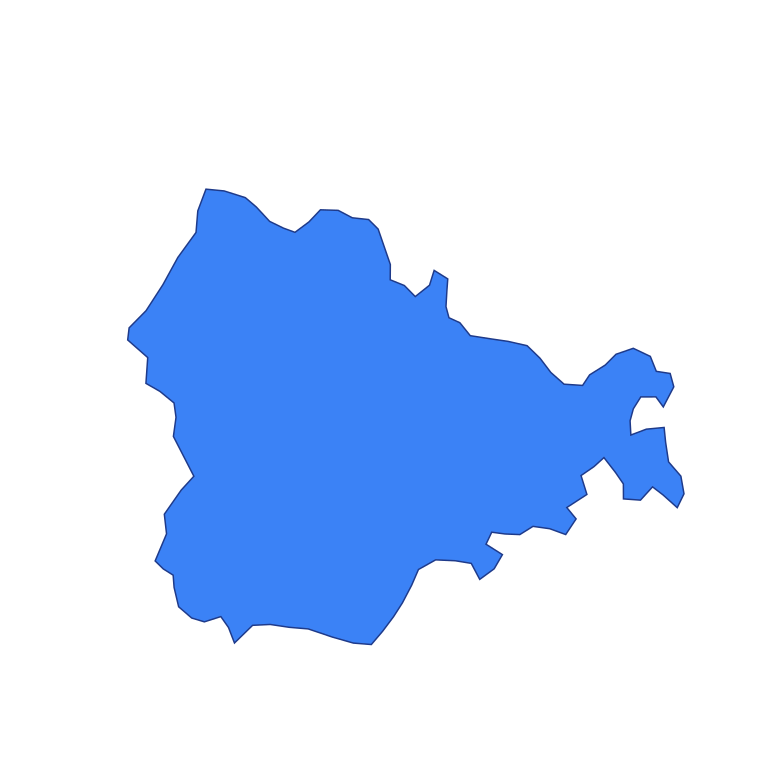 the district of Jupiá, Santa Catarina, Brazil, rotated 251°
{"feature_id": "56859067B89347281349045", "entity_name": "Jupiá", "entity_type": "district", "adm_level": 2, "iso_a3": "BRA", "parent_name": "Brazil", "parent_adm1": "Santa Catarina", "projection": "natural_earth1", "projection_center": [-52.726, -26.402], "detail": "fine", "context": "isolated", "style": "filled", "palette": "blue", "viewbox_px": 768, "rotation_deg": 251, "n_neighbors": 0, "source": "geoboundaries", "source_scale": "gbopen_adm2", "svg_char_len": 1599}
<svg xmlns="http://www.w3.org/2000/svg" viewBox="0 0 768 768"><g transform="rotate(251 384 384)"><path d="M434.4,179.3L420.2,176.5L403.0,167.8L358.7,174.2L349.7,157.7L332.4,133.9L313.1,129.6L291.2,110.0L281.0,115.1L271.9,122.4L260.0,119.3L240.2,117.3L225.3,126.0L217.6,136.7L217.2,154.0L204.4,157.7L187.8,158.3L198.6,181.2L193.7,198.1L184.8,215.2L177.1,232.6L161.5,252.8L149.0,270.7L141.8,287.2L150.6,302.1L160.9,317.3L171.1,330.2L184.8,344.7L197.4,356.2L200.9,375.6L193.7,393.8L186.0,408.1L168.1,410.9L173.4,428.0L184.1,440.4L199.3,428.3L208.8,437.6L202.8,449.6L197.4,463.4L200.9,478.5L193.2,493.6L182.5,506.8L193.9,521.7L207.7,516.6L213.5,539.9L233.3,540.5L237.5,555.6L242.8,568.0L224.9,574.1L211.6,577.8L197.4,573.0L190.7,588.7L199.3,604.4L188.3,611.7L171.6,621.0L182.5,631.9L200.2,634.7L217.7,627.7L237.2,631.3L251.7,634.7L255.9,617.3L255.4,600.8L269.1,604.7L279.4,611.7L288.2,622.6L283.3,636.9L271.4,640.6L287.0,657.1L300.8,658.0L307.3,645.6L323.4,644.8L336.6,631.3L336.6,613.1L329.9,599.4L325.7,581.4L318.0,571.3L325.2,554.2L340.6,545.5L357.6,539.9L373.6,531.8L383.9,515.2L392.0,499.5L401.6,481.3L417.2,475.7L425.5,467.0L437.0,467.8L451.4,473.7L462.6,478.5L475.1,468.4L462.6,459.2L456.5,442.0L470.5,435.3L480.5,423.8L494.9,428.9L511.7,428.9L532.4,428.9L544.5,423.0L551.5,408.1L563.1,397.2L569.4,380.6L561.7,365.8L556.4,349.2L564.1,339.7L575.0,328.8L592.9,320.9L605.3,313.6L618.6,295.7L626.2,279.1L608.3,264.3L588.5,255.6L570.8,230.3L549.9,207.3L530.8,182.9L520.1,161.3L509.1,156.0L485.9,169.2L462.1,159.1L450.0,169.7L434.4,179.3Z" fill="#3b82f6" stroke="#1e3a8a" stroke-width="1.5"/></g></svg>